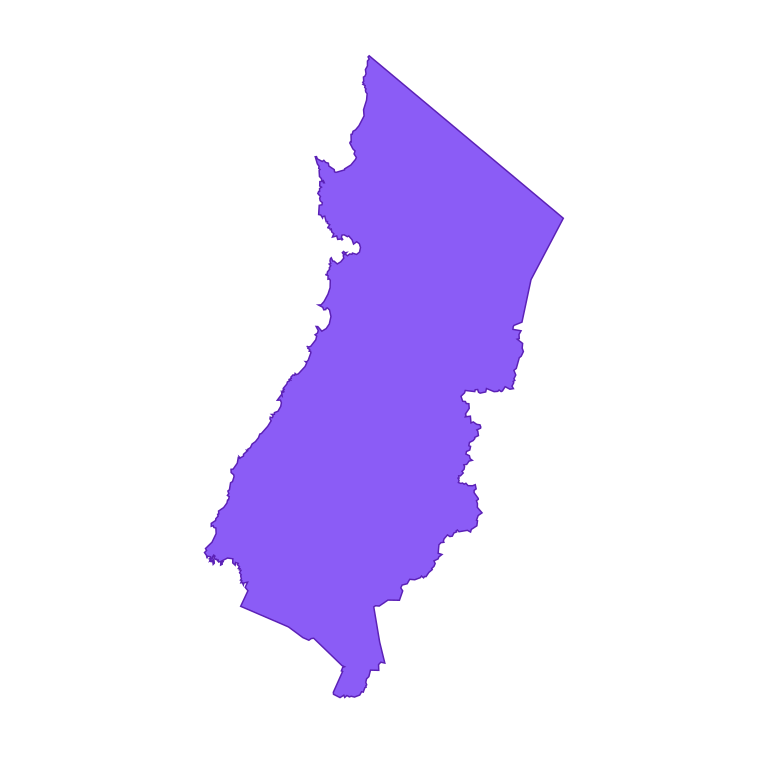 the district of Bega Valley, New South Wales, Australia, rotated 194°
{"feature_id": "25037944B16891547173569", "entity_name": "Bega Valley", "entity_type": "district", "adm_level": 2, "iso_a3": "AUS", "parent_name": "Australia", "parent_adm1": "New South Wales", "projection": "natural_earth1", "projection_center": [149.95, -36.816], "detail": "fine", "context": "isolated", "style": "filled", "palette": "violet", "viewbox_px": 768, "rotation_deg": 194, "n_neighbors": 0, "source": "geoboundaries", "source_scale": "gbopen_adm2", "svg_char_len": 6149}
<svg xmlns="http://www.w3.org/2000/svg" viewBox="0 0 768 768"><g transform="rotate(194 384 384)"><path d="M477.8,698.9L478.6,697.5L477.0,695.7L478.2,693.4L477.0,688.6L478.1,684.6L476.5,680.6L477.0,678.0L478.2,676.8L476.9,672.7L477.6,671.6L476.4,670.6L477.0,669.7L474.5,669.0L474.5,667.1L472.8,665.9L473.2,664.9L472.4,663.0L470.6,661.6L469.6,655.2L470.2,645.2L468.2,639.3L470.8,628.5L473.1,623.7L475.2,621.7L475.3,618.7L476.4,618.2L474.4,611.0L475.2,611.0L475.5,609.6L471.0,604.5L468.5,603.1L468.7,600.0L465.6,597.1L466.0,595.0L469.1,588.5L474.3,583.2L474.1,582.2L481.8,577.7L483.3,577.9L484.2,580.0L490.3,582.2L491.4,584.8L494.2,584.9L496.5,586.5L497.8,585.0L503.1,586.3L504.5,588.3L505.7,587.9L501.9,581.4L499.7,579.5L499.5,577.3L498.0,576.7L498.6,575.4L496.8,569.7L494.4,568.1L493.7,566.3L492.2,566.8L490.6,564.8L491.4,564.6L492.2,566.0L495.2,564.9L494.3,560.6L492.3,559.9L493.8,558.1L493.1,555.3L494.0,555.0L494.3,552.8L491.0,550.5L491.4,548.7L490.3,546.4L487.7,545.0L487.6,542.9L490.1,541.7L488.4,532.6L486.3,532.7L483.8,530.3L483.8,531.7L482.1,532.5L479.4,527.5L478.1,527.9L477.9,526.3L475.2,525.5L476.4,522.2L476.1,521.9L474.4,522.0L473.5,520.7L472.6,521.5L471.5,518.9L469.1,517.7L469.6,514.1L465.7,516.2L463.9,513.1L460.2,514.5L459.6,513.7L459.1,514.4L460.8,516.0L460.8,518.3L458.8,519.1L455.2,518.1L454.0,519.1L449.9,516.2L447.4,512.4L444.9,515.4L441.9,514.2L439.8,510.7L439.7,506.0L442.0,503.1L446.3,503.4L446.5,502.1L448.7,501.9L450.5,499.6L453.2,500.7L452.1,502.5L453.4,501.9L455.3,502.8L456.2,501.3L454.6,499.9L453.8,500.4L454.6,498.6L453.5,496.4L455.5,492.1L458.4,489.2L462.1,491.1L463.5,490.9L465.7,493.7L466.3,492.7L466.2,490.4L464.9,488.0L466.2,487.1L464.3,485.8L465.2,483.4L464.5,482.3L466.0,479.1L465.7,476.6L467.4,476.0L464.5,475.6L463.7,472.1L462.5,472.7L461.2,471.6L459.6,464.4L460.1,457.6L462.2,449.4L464.2,445.6L466.7,444.8L462.0,443.6L460.4,441.4L458.5,442.1L458.4,443.5L457.3,444.1L454.8,442.7L451.8,436.6L451.6,429.0L453.5,423.8L457.1,420.2L462.1,423.7L463.8,423.4L460.7,419.9L460.9,417.3L462.8,415.1L460.9,414.2L460.9,410.4L464.2,402.9L466.0,401.7L468.2,401.9L466.5,401.5L466.5,400.2L464.5,399.6L464.5,397.7L463.2,398.0L462.5,396.7L463.3,388.8L464.3,386.9L465.6,386.7L464.1,385.8L464.8,381.9L469.6,373.1L471.4,371.9L472.8,372.7L472.8,370.9L474.5,370.8L476.0,368.1L475.3,367.0L476.8,365.8L475.9,365.2L477.1,365.1L476.6,364.0L478.2,362.7L478.3,360.4L480.7,355.4L479.6,354.7L480.5,353.7L479.6,352.8L481.3,352.2L479.9,351.7L481.2,350.8L480.0,347.8L481.1,348.5L483.6,342.5L480.6,343.3L479.0,341.0L478.8,337.3L480.3,331.9L483.4,329.7L483.0,328.1L485.6,327.3L484.2,326.7L483.9,325.3L484.3,324.3L486.4,324.3L486.2,322.5L484.6,321.0L486.6,314.8L491.0,306.3L492.4,305.4L492.8,301.5L494.8,297.0L497.5,293.8L498.2,290.0L500.4,287.7L500.2,286.6L501.3,286.5L500.6,285.8L503.3,281.8L502.9,280.1L505.6,277.5L507.0,278.3L506.4,277.1L507.6,277.3L507.2,271.7L509.8,264.9L511.8,264.2L510.9,261.1L507.8,259.5L507.1,257.8L507.4,252.7L509.0,251.0L508.4,244.0L509.6,242.4L508.1,240.1L509.0,238.0L506.9,237.2L506.9,234.0L507.7,233.6L507.6,230.5L509.7,225.3L513.8,220.7L512.9,218.0L513.9,217.3L513.0,215.7L514.6,212.7L514.4,210.8L517.9,207.0L517.2,204.1L515.5,205.2L514.3,203.6L512.3,203.6L510.7,198.2L512.6,188.9L517.4,181.2L515.9,179.6L517.4,177.0L514.9,174.9L513.4,172.0L513.9,174.2L510.7,174.4L510.2,173.4L511.1,172.2L510.2,172.2L510.3,170.5L509.4,171.8L509.5,169.9L508.6,169.8L507.6,171.3L506.1,167.7L505.3,169.1L506.1,171.3L508.8,174.3L507.8,176.8L506.4,176.1L507.1,174.9L505.4,173.0L504.0,173.5L502.9,172.3L502.4,173.0L501.4,171.3L499.3,172.4L498.7,168.8L497.4,169.9L498.1,172.8L496.4,172.6L498.3,173.3L493.7,177.3L488.4,177.8L487.5,173.8L484.6,172.2L484.9,174.9L482.1,174.7L482.6,173.3L480.1,171.8L480.7,169.8L479.1,170.0L479.4,168.7L477.7,168.6L478.5,166.0L476.4,164.3L476.7,163.2L475.2,160.4L475.8,159.0L474.5,158.8L474.8,156.5L473.5,157.1L471.8,155.0L471.8,157.1L468.4,158.7L469.5,153.1L466.0,150.5L469.3,133.6L418.0,125.2L401.4,118.3L394.9,117.2L393.0,119.4L390.7,120.3L356.6,100.6L354.0,100.1L355.5,99.1L356.0,95.3L354.6,95.1L358.6,72.6L357.9,70.7L350.8,69.1L347.7,72.3L346.3,70.4L344.6,72.8L341.9,72.0L340.3,73.1L336.9,73.1L332.3,76.3L331.3,80.0L329.6,80.0L329.1,84.7L328.0,85.5L328.6,86.8L328.0,87.9L329.5,90.1L329.6,93.7L327.9,96.4L327.9,103.1L319.8,104.9L321.4,110.4L319.8,113.3L315.7,113.4L325.7,132.4L340.0,165.2L338.6,166.8L334.9,167.4L327.9,175.3L316.7,177.9L315.8,187.8L318.4,190.2L317.8,193.3L313.2,195.8L311.8,200.7L306.8,201.5L301.9,204.9L301.2,206.7L298.7,205.5L298.1,207.0L296.6,207.3L294.9,212.0L292.3,215.6L293.1,216.5L291.4,219.1L290.9,222.1L292.7,224.5L289.2,227.4L289.0,229.4L286.5,232.6L290.5,232.9L291.8,241.3L290.4,243.8L287.6,244.9L288.4,246.1L288.2,248.4L285.9,252.9L283.2,251.9L280.9,252.9L280.1,256.4L277.8,258.0L278.4,258.9L277.5,260.1L275.5,258.8L267.7,262.2L264.2,261.3L264.1,264.0L259.6,268.9L260.2,274.0L261.3,274.2L260.8,279.2L257.7,282.7L263.6,286.9L264.4,290.6L266.1,293.1L264.6,294.9L264.9,295.8L270.3,300.4L270.8,302.6L269.2,304.5L271.1,308.4L273.5,306.7L277.9,305.7L280.5,307.5L282.0,306.2L283.9,306.9L285.4,306.1L288.0,306.4L287.8,308.6L289.4,310.5L288.4,310.9L289.3,313.0L287.6,313.4L285.6,316.8L287.2,318.1L285.7,320.5L285.8,323.3L287.0,324.9L284.3,326.0L282.8,329.8L279.9,331.3L282.3,332.3L283.8,335.1L287.6,335.9L287.6,338.5L284.8,340.7L284.9,344.4L286.8,344.6L286.9,348.0L283.9,350.6L282.7,353.0L283.1,354.1L279.9,356.8L281.6,361.0L282.8,361.9L279.6,364.5L279.7,365.7L281.0,367.6L284.3,367.3L288.2,368.8L290.2,367.3L292.4,373.7L297.2,371.8L296.9,373.6L297.7,374.6L295.4,380.9L296.9,385.4L299.4,385.0L300.8,386.7L303.5,386.3L306.3,390.7L303.7,394.9L303.6,397.4L294.1,398.6L294.1,400.5L291.8,401.3L290.3,398.9L288.5,398.4L283.4,400.9L283.5,404.4L275.3,403.2L271.8,404.4L270.9,406.0L268.5,405.0L267.4,405.9L265.8,410.7L260.6,409.4L257.3,410.8L259.3,412.9L258.4,416.5L259.3,417.8L257.9,419.1L259.2,420.5L258.3,424.6L261.3,428.7L259.4,431.1L259.1,442.2L257.6,444.2L256.6,449.2L258.6,452.2L259.3,456.9L265.6,459.7L263.7,460.7L265.0,464.7L263.9,468.8L272.1,468.2L272.5,470.9L272.1,472.3L265.1,477.4L266.6,520.8L250.1,588.2L477.8,698.9Z" fill="#8b5cf6" stroke="#5b21b6" stroke-width="1.5"/></g></svg>